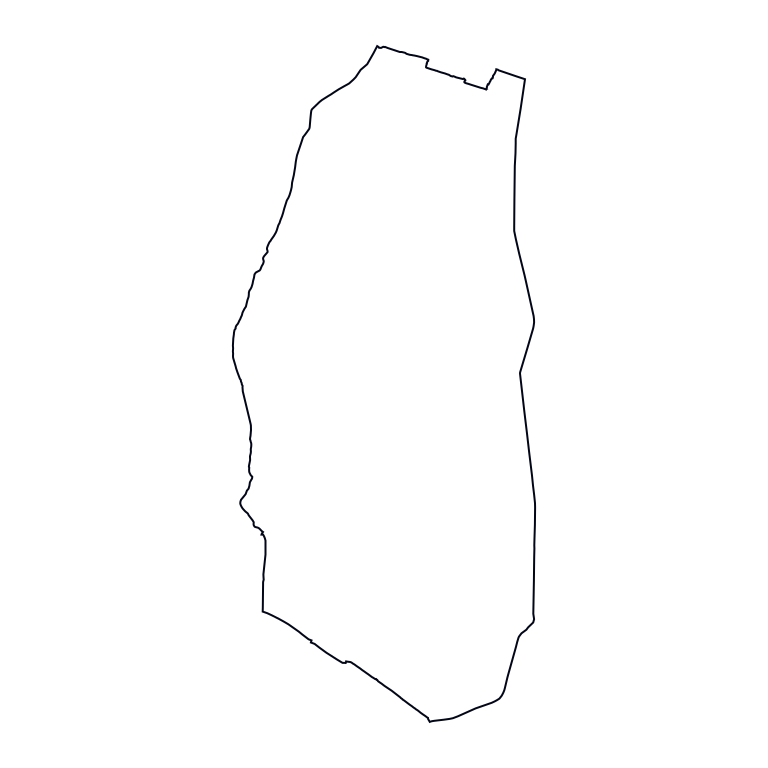 Landsmeer, Noord-Holland, Netherlands (Mercator projection)
{"feature_id": "6326949B31825522291609", "entity_name": "Landsmeer", "entity_type": "district", "adm_level": 2, "iso_a3": "NLD", "parent_name": "Netherlands", "parent_adm1": "Noord-Holland", "projection": "mercator", "projection_center": [4.917, 52.451], "detail": "fine", "context": "isolated", "style": "outline", "palette": "ink", "viewbox_px": 768, "rotation_deg": 0, "n_neighbors": 0, "source": "geoboundaries", "source_scale": "gbopen_adm2", "svg_char_len": 5991}
<svg xmlns="http://www.w3.org/2000/svg" viewBox="0 0 768 768"><path d="M519.0,636.6L520.5,634.6L521.5,633.3L526.4,629.7L528.1,627.4L533.2,622.5L534.1,619.2L533.3,613.8L533.4,608.7L533.9,581.0L534.2,556.7L534.4,548.5L534.3,545.2L534.5,537.7L534.9,524.9L535.1,507.5L535.0,503.1L534.1,494.5L533.0,485.5L532.0,475.5L529.1,451.8L527.0,433.5L524.3,411.2L520.0,373.5L520.1,372.4L520.6,370.7L527.6,347.4L533.1,328.6L533.5,326.7L533.8,324.8L534.1,322.4L534.0,319.2L533.6,315.9L532.9,312.8L525.9,281.2L524.6,275.5L519.2,253.7L515.9,239.3L514.2,231.0L514.2,226.7L514.4,200.1L514.8,166.0L515.5,153.2L515.7,143.6L515.7,139.7L515.7,138.7L516.4,134.7L520.7,108.3L525.0,79.2L516.5,76.4L498.6,70.3L497.9,69.7L496.3,69.3L496.2,70.2L494.9,73.1L494.6,73.7L493.0,75.9L492.9,76.4L493.0,76.8L492.8,77.5L492.8,77.9L492.5,78.4L492.0,78.3L491.3,79.1L490.8,79.9L490.6,80.6L489.6,82.3L489.5,82.7L488.5,84.5L487.8,84.3L486.8,87.0L486.9,87.5L486.4,88.8L486.5,88.9L486.2,89.0L486.0,89.4L485.8,89.2L484.8,89.0L483.2,88.4L480.7,87.8L471.2,84.8L469.1,84.1L468.5,83.9L466.0,83.2L464.7,82.6L464.4,82.3L464.4,82.0L464.4,81.5L464.6,81.1L465.3,80.6L465.4,80.3L465.3,80.0L464.3,78.9L463.9,78.6L463.6,78.6L463.0,79.0L462.7,79.0L456.3,77.4L455.7,77.2L455.2,76.9L453.4,76.2L453.1,76.2L452.5,76.5L451.5,76.2L450.9,76.1L448.7,74.7L447.8,74.5L445.1,73.5L440.8,72.3L437.9,71.3L436.9,70.8L436.2,70.8L434.6,70.2L431.3,69.3L426.5,67.7L426.1,67.4L426.0,67.1L426.3,65.4L426.9,63.6L426.7,63.4L427.1,62.3L427.5,61.4L427.7,61.2L427.9,61.2L428.2,60.9L428.2,60.6L428.3,59.7L427.2,59.3L426.0,58.7L424.6,58.3L422.2,57.4L416.6,56.0L414.2,55.5L412.8,55.3L412.1,55.1L409.8,54.8L406.4,53.8L405.6,53.1L405.0,52.8L402.2,52.1L401.6,52.0L400.3,52.0L399.8,52.0L387.7,48.0L385.0,46.9L384.7,47.0L384.3,47.1L383.5,46.8L383.2,46.8L382.4,47.2L381.2,47.9L380.9,47.9L379.5,47.8L379.1,47.8L378.5,46.9L377.2,46.1L373.6,53.0L367.4,63.9L367.0,64.4L360.8,69.7L360.4,70.2L355.7,77.2L353.5,79.5L350.2,82.5L349.2,83.4L347.5,84.4L344.4,86.1L338.6,89.4L333.8,92.5L331.0,94.4L328.3,96.0L322.1,99.9L319.6,101.9L312.2,109.0L311.6,109.9L311.3,110.7L311.0,112.8L310.4,118.7L309.7,127.0L309.5,128.0L309.2,128.9L305.3,134.3L303.1,137.1L301.0,143.5L297.0,155.4L296.3,158.9L295.8,161.7L295.1,167.4L293.8,175.2L293.0,178.7L292.1,182.6L291.7,187.1L291.0,190.2L290.3,192.6L289.5,195.2L288.4,197.8L287.6,199.1L286.8,200.5L284.3,208.4L283.0,213.2L282.0,216.3L281.6,217.3L280.7,219.5L280.2,220.9L279.5,223.1L278.7,224.5L278.2,225.6L276.9,229.9L276.5,231.0L275.8,232.6L273.9,235.9L271.2,239.7L270.6,240.8L269.8,241.7L269.2,242.6L267.9,245.5L267.2,247.4L267.1,247.8L267.0,248.2L267.0,249.2L267.1,249.5L267.4,250.4L267.6,251.4L267.5,252.2L264.3,255.9L263.5,257.1L263.2,257.8L263.1,258.2L263.1,258.8L263.3,259.8L263.7,260.9L263.7,261.1L263.7,261.8L263.1,263.8L261.7,266.2L261.2,267.4L260.5,269.2L260.3,269.6L259.8,270.3L259.6,270.5L256.2,272.3L255.6,272.8L255.3,273.3L254.8,274.0L254.5,274.4L254.0,277.6L253.1,280.9L252.6,283.6L252.3,284.7L251.5,287.2L250.7,288.8L249.4,290.7L249.3,291.1L248.9,292.3L248.8,294.9L248.6,296.7L248.3,297.7L247.5,299.9L247.1,301.5L245.9,306.7L245.2,307.6L244.9,308.2L244.2,309.2L244.0,309.7L243.3,311.0L242.5,312.7L242.0,314.8L241.7,315.7L241.0,317.1L240.3,318.9L239.0,321.3L238.8,321.9L237.9,323.7L236.4,325.5L236.1,326.1L235.6,327.4L235.6,328.3L235.6,328.6L235.4,328.9L235.1,329.2L234.5,330.1L234.4,330.5L234.2,331.6L234.0,332.6L233.9,334.2L233.3,338.5L232.9,345.7L233.1,348.3L232.9,351.7L233.1,353.5L233.0,356.1L233.1,357.6L233.4,358.8L235.6,366.2L236.1,368.3L237.5,372.4L239.9,378.8L240.7,379.8L240.8,380.1L240.9,381.0L241.0,381.6L241.5,382.6L241.7,383.2L241.8,384.2L241.9,384.6L242.5,385.6L242.6,386.0L242.5,387.3L242.8,391.4L249.8,420.5L250.7,424.3L250.9,425.6L251.0,430.1L250.5,435.9L250.3,436.9L250.2,437.5L250.0,439.1L250.1,439.6L250.4,440.3L250.8,442.1L251.1,442.8L251.3,444.1L251.3,445.0L251.2,446.7L250.8,449.0L250.8,449.6L250.9,451.7L250.8,452.6L250.7,453.4L250.0,456.2L250.0,457.0L250.1,459.4L250.1,460.2L249.5,463.2L249.1,465.1L248.9,466.6L248.9,466.9L249.2,467.4L249.2,468.0L249.1,469.6L249.2,471.6L249.3,472.1L249.5,472.7L250.7,475.1L251.5,476.0L252.2,476.6L252.3,476.9L252.2,477.3L252.1,478.2L251.9,478.8L251.2,479.9L249.9,482.3L249.4,485.8L248.9,487.5L248.6,488.6L247.9,489.5L247.0,490.5L246.8,490.9L245.7,494.0L245.2,494.7L241.1,499.7L240.8,500.5L240.5,501.3L240.4,502.0L240.3,502.7L240.3,503.8L240.9,505.5L241.8,507.2L242.3,508.0L242.8,508.7L244.6,510.7L245.5,511.6L247.5,513.2L248.0,513.8L248.7,515.3L250.0,517.0L252.5,520.2L253.3,521.5L253.7,522.2L253.7,522.6L253.6,523.7L253.6,524.4L253.7,525.0L253.9,525.5L254.5,526.5L255.2,527.0L257.7,527.6L258.7,528.1L259.6,528.8L261.9,531.2L263.0,532.0L262.4,532.7L261.7,533.9L261.5,534.6L263.1,534.6L263.9,536.0L264.4,537.1L264.9,538.4L265.5,540.6L265.5,554.6L263.4,574.4L263.5,576.8L263.7,579.7L263.6,580.0L263.1,582.0L263.1,582.9L262.8,608.4L262.7,611.6L267.3,613.2L272.0,615.4L279.1,619.0L283.8,621.6L288.4,624.3L298.9,631.7L302.3,634.5L308.6,639.3L311.5,640.4L310.9,642.5L314.6,643.9L319.5,647.7L326.5,652.8L336.5,659.2L342.1,662.6L342.7,662.9L345.2,662.9L345.5,663.0L345.8,662.9L346.1,661.4L347.7,661.7L350.2,662.0L351.5,662.5L352.8,663.5L354.5,664.5L356.8,666.2L360.2,668.5L362.1,670.0L364.3,671.5L365.8,672.6L368.4,674.4L372.0,677.1L373.1,677.7L375.1,679.0L376.1,679.0L376.5,679.4L376.6,679.9L377.3,680.0L377.9,681.0L378.4,681.5L379.5,682.2L380.4,682.9L381.4,683.5L384.5,685.9L391.8,690.8L400.3,697.4L400.8,698.0L402.4,699.1L402.5,699.4L402.7,699.6L404.0,700.4L409.7,704.7L411.9,706.2L413.5,707.5L414.9,708.4L416.1,709.4L417.6,710.3L419.6,711.9L420.4,712.6L421.8,713.6L422.9,714.4L425.3,716.0L425.7,716.3L427.4,717.6L428.0,717.9L428.1,719.0L429.8,721.9L430.5,721.6L431.9,721.2L434.4,720.8L443.8,719.7L449.6,718.9L452.9,718.2L457.9,716.3L475.6,708.4L491.7,702.8L494.7,701.4L496.9,700.2L499.0,698.9L499.5,698.5L501.5,696.0L502.1,695.0L503.3,692.7L504.3,690.2L504.9,688.0L507.4,677.5L508.1,674.9L516.0,646.8L517.2,642.0L518.5,637.7L519.0,636.6Z" fill="none" stroke="#020617" stroke-width="2"/></svg>